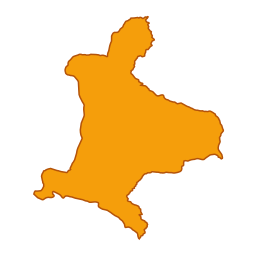 Contratación, Santander, Colombia (Robinson projection), rotated 89°
{"feature_id": "7082276B96001848010118", "entity_name": "Contratación", "entity_type": "district", "adm_level": 2, "iso_a3": "COL", "parent_name": "Colombia", "parent_adm1": "Santander", "projection": "robinson", "projection_center": [-73.502, 6.304], "detail": "fine", "context": "isolated", "style": "filled", "palette": "amber", "viewbox_px": 256, "rotation_deg": 89, "n_neighbors": 0, "source": "geoboundaries", "source_scale": "gbopen_adm2", "svg_char_len": 5852}
<svg xmlns="http://www.w3.org/2000/svg" viewBox="0 0 256 256"><g transform="rotate(89 128 128)"><path d="M160.0,34.2L158.9,34.1L156.2,34.7L151.7,37.7L150.7,38.1L149.3,38.2L146.8,37.7L144.3,36.5L143.4,36.2L142.5,36.2L141.5,36.6L140.7,36.4L139.6,36.7L139.0,36.6L137.2,35.4L135.7,35.2L135.0,34.8L132.8,32.9L131.8,32.7L130.8,33.2L127.0,34.3L125.5,35.5L122.3,36.2L121.7,36.4L121.3,36.9L120.0,37.2L118.5,38.4L117.2,40.1L116.6,40.4L115.9,40.4L115.2,41.0L114.8,41.9L114.1,42.7L113.1,44.4L112.6,45.5L112.5,46.7L112.8,47.1L113.0,48.2L112.7,50.1L112.9,50.8L112.4,52.6L112.1,53.2L112.2,53.8L112.1,55.6L111.4,58.4L111.4,59.4L111.0,60.9L110.5,62.0L109.7,63.2L108.9,65.2L108.3,66.1L107.3,68.7L104.0,74.4L104.0,74.9L104.6,78.1L104.3,78.8L102.9,80.8L102.8,82.4L101.8,85.6L100.6,87.5L100.1,89.3L99.6,90.1L98.3,91.3L96.4,91.8L96.0,92.0L95.6,92.6L95.5,93.4L95.7,94.6L96.4,96.7L96.4,98.2L95.4,99.6L92.4,102.3L91.9,103.1L90.8,105.9L89.9,106.4L89.5,106.4L88.8,107.3L87.7,108.1L86.5,109.4L86.1,110.2L85.5,114.4L85.4,114.3L85.1,113.7L85.0,113.0L84.5,112.6L84.0,112.5L83.6,112.7L83.2,114.1L82.5,115.3L82.1,115.7L81.8,116.4L81.2,116.5L80.4,116.4L79.8,116.9L78.7,119.5L77.9,120.3L74.5,122.8L74.1,123.5L73.5,124.0L72.7,124.2L71.5,123.8L70.8,123.9L69.8,122.2L68.1,121.4L66.7,120.4L65.1,120.9L64.5,120.6L64.1,120.1L61.8,120.2L61.0,120.0L59.9,118.9L59.1,118.5L58.0,117.4L56.9,117.1L56.5,116.7L56.4,115.6L56.1,115.2L56.0,114.6L56.1,114.0L56.9,112.8L57.0,112.4L56.5,110.6L56.2,110.1L54.2,109.9L52.4,109.0L51.5,109.0L50.5,108.8L49.9,108.3L49.9,106.6L47.0,104.2L46.1,102.7L45.7,102.5L44.7,103.5L43.7,103.5L41.5,102.3L41.2,101.8L40.9,100.9L40.4,100.2L39.8,100.3L37.8,102.5L36.3,102.1L34.0,103.2L33.3,103.4L32.8,103.1L32.2,103.0L31.8,103.4L31.4,104.1L29.0,105.9L28.4,106.0L27.0,105.5L25.2,106.4L24.7,106.4L23.6,105.1L23.0,105.4L22.8,106.4L22.3,107.5L21.0,108.3L20.1,108.5L18.6,106.8L17.3,106.0L17.0,106.6L17.2,107.0L17.9,107.5L17.4,108.2L17.3,108.8L18.5,110.4L18.8,111.2L17.6,113.3L17.7,114.5L18.2,115.1L18.1,115.7L17.7,116.3L17.7,116.6L18.1,119.6L18.2,123.1L18.5,123.6L19.2,123.7L19.7,124.5L20.1,125.5L20.6,126.0L21.3,128.2L22.0,128.8L23.7,129.8L24.8,130.6L26.8,131.4L27.3,131.9L28.9,134.0L30.5,134.9L31.2,135.5L32.0,136.4L32.2,137.3L32.2,140.0L32.9,141.2L34.1,142.0L35.8,142.8L39.9,142.9L41.3,143.1L42.6,143.8L45.5,144.8L50.1,145.8L51.5,146.3L52.6,146.8L54.0,147.1L56.1,147.3L56.2,148.1L55.4,149.6L54.9,151.3L54.8,152.5L55.1,154.6L54.4,156.0L54.0,158.7L53.7,164.0L54.3,165.5L54.4,168.3L54.0,169.3L53.9,170.4L54.0,171.6L53.9,172.7L53.5,173.7L53.5,175.4L54.0,176.3L55.2,180.2L55.6,181.3L56.2,182.1L59.0,184.5L59.7,185.5L61.0,186.5L62.2,186.8L63.7,186.8L64.5,187.2L65.5,188.6L66.5,189.2L67.6,189.6L68.9,189.9L70.1,189.8L72.2,189.3L73.1,188.5L73.8,187.4L74.0,186.1L74.5,184.5L74.6,183.3L75.0,181.6L75.7,180.6L79.4,177.6L80.9,176.8L93.8,176.3L96.4,175.4L100.9,173.2L103.1,171.9L104.5,171.4L106.7,171.8L108.9,171.9L114.0,171.5L115.4,171.7L122.3,174.6L129.0,175.7L131.6,175.6L134.1,175.2L137.3,174.0L138.3,174.3L147.2,178.5L149.5,179.3L152.5,179.9L158.9,181.9L161.4,183.4L161.9,183.9L162.6,184.4L163.3,184.6L167.2,186.5L167.8,186.5L168.5,186.1L169.2,187.1L169.4,188.2L171.0,189.3L171.5,189.9L170.4,195.8L169.6,198.2L169.2,200.0L167.1,206.1L167.6,208.5L168.2,210.2L168.6,211.0L169.1,211.5L169.5,213.1L171.0,213.7L172.0,214.4L172.9,214.8L174.7,215.3L179.1,214.5L180.0,214.2L181.3,214.1L182.5,213.3L184.9,213.3L187.9,214.9L189.1,216.1L189.3,217.2L189.5,219.7L189.4,221.9L190.5,222.7L192.4,223.3L196.1,219.5L198.2,215.0L198.1,213.9L196.6,211.6L196.1,210.2L195.9,208.6L196.1,207.5L196.2,206.0L195.9,204.5L195.1,203.3L194.3,203.1L193.4,203.6L192.9,204.3L191.9,204.5L190.7,204.5L190.3,204.1L190.2,203.4L192.9,198.2L194.0,196.7L196.3,195.0L196.9,194.1L196.7,193.5L195.2,192.1L194.9,191.1L195.0,189.2L195.6,187.5L196.0,185.3L197.2,182.0L198.9,174.6L200.1,171.8L200.5,169.7L201.5,167.9L201.6,166.5L201.3,162.3L201.5,160.7L202.2,159.0L203.3,158.7L204.9,159.0L206.2,158.8L207.7,156.8L208.7,154.9L209.5,151.6L210.0,150.0L212.2,146.7L213.5,145.1L215.3,142.6L217.0,139.3L217.9,138.3L218.9,137.6L220.8,135.2L223.9,133.3L227.0,132.7L227.4,132.1L227.0,129.5L227.4,128.2L228.0,126.9L230.1,124.8L230.8,123.5L233.2,120.6L234.6,120.1L236.1,120.0L238.4,119.3L239.0,118.7L238.5,118.5L237.8,117.5L236.6,117.2L236.2,116.9L235.7,115.2L234.6,114.8L234.0,114.3L233.6,113.4L233.1,112.8L231.9,112.9L231.1,113.3L230.0,113.6L229.5,113.2L228.8,111.8L228.4,111.8L227.7,111.4L227.4,110.8L226.7,110.5L225.8,110.6L224.7,110.1L224.3,110.3L223.8,110.7L223.1,110.8L222.7,111.2L222.5,111.9L222.1,112.5L221.6,112.6L221.1,113.1L220.1,115.5L219.3,116.4L218.4,116.8L217.5,116.6L216.5,117.0L215.1,118.3L214.8,117.9L214.8,115.8L214.5,115.4L212.0,116.7L209.4,116.8L208.8,117.7L208.1,118.2L207.1,118.4L206.4,118.9L205.5,120.8L205.1,121.8L205.1,122.4L204.0,124.7L203.5,125.5L201.8,126.7L201.3,128.9L200.7,129.7L200.0,129.7L199.2,129.2L198.7,129.1L198.2,129.6L196.5,130.5L195.5,130.3L194.9,129.7L194.6,128.9L194.1,128.3L193.4,128.1L192.7,127.2L191.4,126.7L190.6,124.6L189.0,124.7L188.3,122.7L187.6,122.8L186.9,122.5L186.1,121.3L185.1,121.2L184.1,120.1L182.7,120.2L181.8,118.8L180.7,117.8L179.9,116.5L178.7,115.7L178.3,115.2L176.4,114.3L176.0,113.8L175.4,113.4L174.7,112.7L174.2,112.0L174.0,110.4L173.1,109.1L173.2,107.6L173.0,106.0L172.1,104.8L172.7,99.8L172.7,98.8L172.9,97.8L173.4,96.2L173.4,94.6L173.6,94.2L173.5,92.6L172.9,90.7L173.3,87.8L173.4,85.2L173.8,83.3L173.8,82.2L173.3,79.3L172.5,76.8L171.5,75.5L170.8,75.2L169.7,74.9L168.0,75.0L167.3,74.8L166.9,74.2L166.7,73.5L166.1,73.0L163.7,73.0L162.0,72.6L161.7,71.7L161.7,70.8L161.8,70.0L162.0,69.3L162.0,68.5L161.2,66.5L160.8,65.0L160.6,63.5L160.5,62.2L159.8,59.6L159.9,58.1L160.8,54.6L160.9,53.5L160.7,52.5L159.1,50.5L156.5,46.6L156.2,45.6L155.8,42.2L155.9,41.2L157.1,38.9L158.0,38.3L158.7,38.2L159.1,36.8L160.5,35.3L160.0,34.2Z" fill="#f59e0b" stroke="#b45309" stroke-width="1.5"/></g></svg>